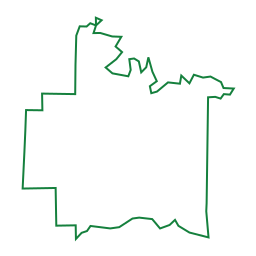 outline of Ponte Preta, Rio Grande do Sul, Brazil, rotated 179°
{"feature_id": "56859067B57948891893703", "entity_name": "Ponte Preta", "entity_type": "district", "adm_level": 2, "iso_a3": "BRA", "parent_name": "Brazil", "parent_adm1": "Rio Grande do Sul", "projection": "orthographic", "projection_center": [-52.512, -27.663], "detail": "fine", "context": "isolated", "style": "outline", "palette": "green", "viewbox_px": 256, "rotation_deg": 179, "n_neighbors": 0, "source": "geoboundaries", "source_scale": "gbopen_adm2", "svg_char_len": 1053}
<svg xmlns="http://www.w3.org/2000/svg" viewBox="0 0 256 256"><g transform="rotate(179 128 128)"><path d="M182.0,18.0L176.2,24.0L170.8,25.7L167.2,30.7L147.5,27.9L138.5,29.0L125.1,37.4L118.4,38.2L105.4,36.5L97.7,27.0L88.1,30.3L82.6,35.3L79.3,29.3L68.4,22.4L49.4,17.2L51.2,43.4L50.7,51.5L47.4,157.3L40.2,157.6L34.9,155.8L31.6,160.2L25.5,159.6L21.6,165.6L31.8,166.3L34.2,172.3L40.1,175.5L44.6,178.0L52.1,177.1L61.2,180.1L65.8,171.6L73.8,179.5L75.3,171.4L87.2,172.9L98.4,163.9L104.1,162.4L105.4,169.4L98.4,174.3L102.6,183.8L106.4,198.3L108.7,188.4L113.8,183.4L116.0,194.4L120.7,197.4L125.5,196.8L124.3,186.0L126.8,179.7L142.6,182.9L149.3,188.9L138.5,197.0L132.6,204.0L139.0,209.7L133.1,219.3L142.2,219.8L154.1,223.5L160.8,223.5L158.2,231.1L163.9,233.4L167.6,230.2L174.5,230.5L178.1,221.3L179.4,192.1L180.2,162.8L213.3,163.9L213.3,147.2L229.6,147.7L230.7,127.1L232.0,105.9L234.4,69.3L201.4,69.3L201.4,52.9L201.4,46.3L201.4,31.6L182.0,31.6L182.0,18.0ZM158.2,231.1L152.5,236.2L158.2,238.8L158.2,231.1Z" fill="none" stroke="#15803d" stroke-width="2"/></g></svg>